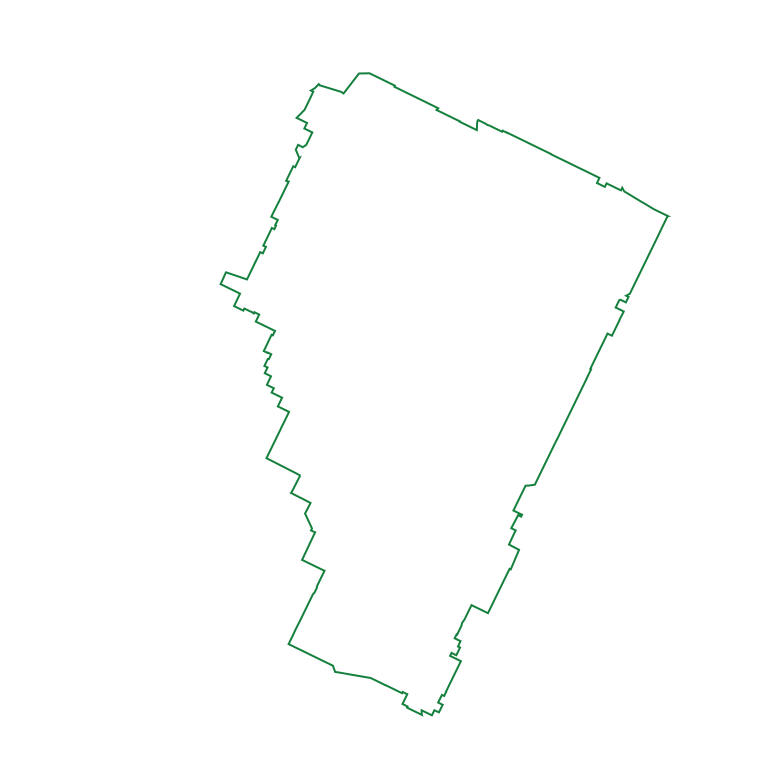 Katanning, Western Australia, Australia (Equal Earth projection), rotated 296°
{"feature_id": "25037944B94110641032660", "entity_name": "Katanning", "entity_type": "district", "adm_level": 2, "iso_a3": "AUS", "parent_name": "Australia", "parent_adm1": "Western Australia", "projection": "equal_earth", "projection_center": [117.615, -33.625], "detail": "fine", "context": "isolated", "style": "outline", "palette": "green", "viewbox_px": 768, "rotation_deg": 296, "n_neighbors": 0, "source": "geoboundaries", "source_scale": "gbopen_adm2", "svg_char_len": 4210}
<svg xmlns="http://www.w3.org/2000/svg" viewBox="0 0 768 768"><g transform="rotate(296 384 384)"><path d="M625.2,565.4L637.4,565.4L645.9,565.3L659.0,565.3L659.4,565.8L659.4,550.0L660.4,538.6L660.6,535.7L662.4,515.5L664.8,512.1L661.9,512.1L661.9,496.1L658.0,496.1L658.0,495.9L658.0,487.3L663.7,487.3L663.7,487.1L663.7,458.3L663.7,453.4L663.7,433.7L663.9,433.6L663.9,391.0L663.9,385.2L663.9,384.7L663.7,384.8L663.7,379.6L662.5,379.6L662.5,365.2L662.1,363.3L662.5,361.5L662.5,352.9L660.7,352.8L652.9,356.1L652.9,355.8L652.9,337.1L653.3,337.1L653.3,311.1L655.6,311.9L655.7,263.1L656.9,263.0L656.9,234.7L652.1,225.4L627.4,220.3L627.8,217.5L624.3,195.3L624.8,194.1L624.9,193.9L619.6,192.2L615.7,189.7L615.7,192.3L607.5,192.4L595.6,192.4L584.9,188.8L584.9,200.4L581.6,200.4L578.7,200.4L578.7,209.3L564.9,209.3L561.2,207.2L561.3,202.0L556.1,202.0L555.9,202.0L549.9,208.9L550.2,209.1L539.9,209.1L539.9,207.0L532.0,207.0L523.7,207.0L524.2,209.6L504.9,209.6L502.1,209.6L490.7,209.4L488.7,209.4L484.9,209.4L484.9,216.6L479.0,216.6L479.0,217.5L475.1,217.6L475.1,214.8L465.3,214.9L455.4,214.9L455.5,217.8L453.3,217.8L448.3,217.8L448.2,214.9L438.6,215.0L438.1,215.0L438.1,214.9L431.5,215.0L417.9,215.0L417.1,208.4L415.1,193.0L402.1,193.4L402.1,215.0L388.3,215.1L388.3,225.2L388.3,225.4L390.6,225.4L390.6,231.7L390.7,233.7L390.7,233.8L390.3,236.0L391.7,236.0L391.7,241.4L383.9,241.4L383.9,253.1L383.9,262.8L379.0,262.8L379.0,261.4L371.2,261.4L371.1,261.5L360.9,261.5L360.9,265.7L361.3,265.7L361.3,269.6L355.9,269.6L355.5,268.6L347.8,268.6L347.8,272.1L341.4,272.1L341.4,279.1L331.9,279.1L331.9,286.8L327.0,286.8L327.0,298.4L317.3,298.4L317.3,310.6L317.3,310.9L315.0,310.9L313.1,310.9L308.3,310.9L306.0,310.9L303.6,310.9L301.1,310.8L298.2,310.9L295.9,310.9L293.6,310.9L290.7,310.9L287.1,310.9L283.8,310.9L279.6,310.9L276.2,310.9L274.3,310.9L274.2,310.9L271.8,310.9L269.0,310.9L267.4,310.9L265.8,310.9L265.8,313.2L265.7,316.9L265.7,318.4L265.7,318.8L265.6,321.8L265.6,324.0L265.5,326.6L265.5,329.2L265.4,332.8L265.3,336.8L265.3,340.0L265.2,343.9L265.2,345.0L265.2,345.3L265.1,345.6L265.1,346.0L265.1,347.2L265.1,348.1L265.1,349.0L265.0,348.8L245.5,348.4L245.3,348.3L245.1,358.8L245.2,359.0L245.0,365.2L244.9,368.5L244.9,370.1L242.4,370.1L235.5,369.9L234.9,369.9L233.0,369.8L232.6,370.3L222.6,382.6L220.4,382.6L220.4,383.9L220.5,387.1L219.2,387.1L217.8,387.1L211.6,387.2L209.1,387.2L207.8,387.2L207.0,387.3L204.0,387.3L190.0,387.5L190.0,392.9L190.0,395.1L190.0,398.4L190.0,401.4L190.0,407.2L190.0,409.1L190.0,411.4L190.0,412.0L190.1,412.3L188.5,412.4L185.8,412.4L176.2,412.4L173.1,412.4L172.9,412.4L172.7,412.4L172.4,412.5L171.9,412.8L171.5,412.9L171.3,413.0L170.8,413.0L169.7,413.0L167.1,413.0L166.5,413.0L166.2,413.0L165.9,413.0L165.4,412.8L164.9,412.6L164.6,412.4L164.4,412.4L164.1,412.4L163.9,412.3L161.3,412.3L158.4,412.3L157.1,412.3L155.0,412.3L151.1,412.3L148.5,412.3L145.1,412.3L140.3,412.3L136.4,412.3L133.6,412.3L130.9,412.2L125.3,412.2L122.1,412.2L116.7,412.3L108.4,412.3L108.4,436.8L108.4,441.8L108.4,446.7L108.4,461.6L103.8,466.3L105.3,471.2L111.0,491.0L113.9,500.8L113.9,517.7L114.0,517.7L114.0,535.8L115.4,535.8L115.4,540.9L104.5,540.9L104.5,546.5L103.3,546.5L103.2,546.7L103.2,563.0L103.3,562.9L107.2,560.9L107.2,561.0L107.2,572.3L112.9,572.3L112.9,577.3L121.4,577.4L121.4,572.3L130.0,572.4L130.0,574.8L134.6,574.8L134.6,574.6L150.9,574.6L168.6,574.6L168.6,562.6L171.9,562.6L171.9,567.9L180.5,567.9L180.5,565.6L186.4,565.5L186.4,559.0L190.7,559.0L190.7,559.6L200.8,559.6L203.3,558.9L207.6,559.6L223.6,559.6L223.6,577.9L241.4,577.9L267.0,577.9L272.9,577.9L272.9,579.2L294.1,578.1L294.5,566.7L301.3,566.6L307.3,566.5L310.1,566.6L310.2,561.6L325.0,562.1L324.9,565.4L327.0,565.4L327.0,555.8L354.7,555.8L354.8,556.0L356.0,558.4L359.6,563.7L378.2,563.7L393.9,563.7L409.7,563.7L409.7,563.8L425.6,563.8L455.0,563.8L468.5,563.8L477.3,563.8L477.3,563.7L488.0,563.7L488.0,562.8L499.8,562.8L500.7,562.8L504.6,562.8L513.2,562.8L514.4,562.8L520.6,562.8L527.3,562.8L527.3,567.7L544.5,567.7L545.1,567.5L552.7,567.7L554.3,567.7L554.3,558.7L562.5,558.7L563.4,559.7L563.4,565.6L569.5,565.6L569.5,563.0L572.9,565.4L578.7,565.4L578.9,565.4L593.7,565.4L616.0,565.4L625.2,565.4Z" fill="none" stroke="#15803d" stroke-width="2"/></g></svg>